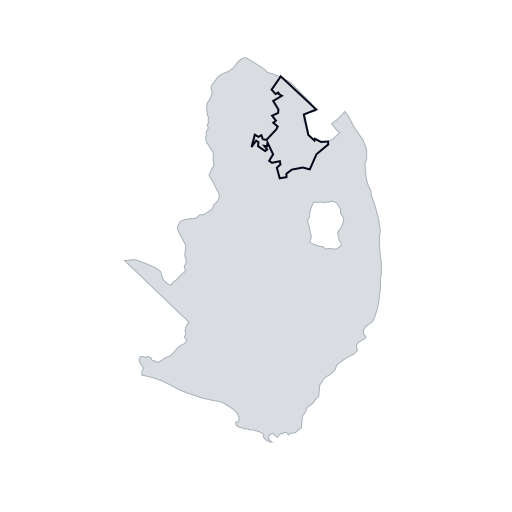 Mpumalanga on a map of South Africa (Natural Earth projection), rotated 315°
{"feature_id": "ZAF-1209", "entity_name": "Mpumalanga", "entity_type": "Province", "adm_level": 1, "iso_a3": "ZAF", "parent_name": "South Africa", "parent_adm1": "", "projection": "natural_earth1", "projection_center": [29.909, -25.737], "detail": "coarse", "context": "in_parent", "style": "outline", "palette": "ink", "viewbox_px": 512, "rotation_deg": 315, "n_neighbors": 0, "source": "natural_earth", "source_scale": "10m", "svg_char_len": 4418}
<svg xmlns="http://www.w3.org/2000/svg" viewBox="0 0 512 512"><g transform="rotate(315 256 256)"><path d="M345.1,104.0L356.0,102.4L360.9,103.3L366.7,105.9L372.2,106.9L381.5,105.9L384.7,106.3L387.3,107.2L389.1,108.6L391.7,118.9L394.0,129.9L393.9,133.5L394.3,134.9L396.9,139.5L397.9,142.4L399.4,144.8L402.7,156.6L403.1,158.6L403.0,187.1L401.7,190.5L402.2,195.0L400.6,195.6L391.4,189.9L389.8,190.1L387.2,192.2L384.8,195.6L383.7,198.4L379.0,206.1L378.7,211.0L379.1,215.1L380.6,215.3L381.7,218.3L384.3,223.1L388.5,226.1L392.4,227.5L397.9,227.9L402.3,227.8L402.0,224.6L403.0,215.9L410.3,217.0L421.0,216.7L420.2,222.3L416.3,235.1L413.7,249.5L410.5,256.8L408.7,259.8L403.5,265.1L400.7,266.8L398.5,267.5L389.5,278.2L386.2,283.3L383.3,290.9L380.3,295.0L376.1,303.9L368.6,316.9L362.2,325.4L359.4,327.9L357.5,329.0L352.5,334.0L345.5,342.0L340.1,349.1L332.1,357.1L327.4,360.6L320.5,367.5L318.5,368.6L310.7,375.0L305.1,378.9L296.0,383.4L292.3,384.7L283.7,383.5L280.0,384.1L277.0,386.9L276.8,390.8L275.6,391.4L267.6,389.6L264.3,389.9L262.4,392.0L260.9,394.6L256.3,394.7L248.1,392.0L238.6,390.3L236.3,390.2L231.7,392.2L230.1,392.5L223.4,392.0L219.6,390.8L216.0,390.8L213.3,391.8L210.0,392.2L201.1,399.6L196.5,399.6L192.5,400.4L185.4,399.4L183.3,399.9L181.2,401.2L176.4,401.8L174.6,402.9L166.6,409.6L163.2,408.9L159.0,408.8L154.1,405.2L152.3,405.4L152.7,404.4L152.8,402.5L151.1,400.5L149.2,400.6L148.2,399.0L145.3,398.9L142.9,399.4L142.3,393.1L141.1,392.5L138.2,392.4L136.8,392.6L136.2,393.2L135.5,394.6L135.6,398.9L134.6,397.7L133.3,395.1L132.9,392.3L133.2,389.0L135.3,387.8L134.5,383.6L130.9,376.5L128.8,374.9L127.1,371.3L125.4,369.9L124.6,367.3L123.0,365.3L122.3,362.0L123.1,360.2L124.5,359.1L126.0,360.8L127.7,360.1L130.1,357.8L131.5,354.2L131.4,348.5L130.9,344.9L128.6,335.7L127.6,333.5L122.9,326.9L117.4,318.1L110.4,304.1L107.0,295.7L101.7,278.8L97.1,269.2L91.7,260.3L91.0,259.7L91.8,258.6L94.5,256.5L95.7,256.0L96.4,256.2L97.0,255.7L97.6,254.3L98.0,251.1L99.2,247.8L100.3,246.4L102.8,245.4L104.7,246.7L105.5,247.9L105.9,249.5L106.7,250.3L108.0,250.2L109.0,251.2L109.6,253.3L109.6,254.7L108.8,255.6L109.0,256.9L110.0,258.3L111.1,261.6L116.2,263.3L119.1,263.6L121.8,264.4L124.4,265.9L128.5,266.2L134.3,265.5L139.1,265.8L142.9,267.2L145.6,267.5L147.3,266.6L148.0,265.3L147.7,263.6L148.5,262.5L150.4,262.0L151.9,260.8L153.0,258.6L155.6,256.9L159.7,255.6L161.8,255.6L159.8,166.3L167.3,172.5L169.1,175.3L172.9,183.7L176.8,194.0L177.5,199.0L177.4,200.0L173.7,206.8L173.6,210.2L174.1,214.1L175.1,216.0L176.2,216.7L178.8,215.7L182.9,216.7L190.6,216.3L194.5,216.8L195.4,216.5L196.3,215.7L197.2,213.3L198.1,212.5L201.7,211.5L203.3,210.1L205.8,205.5L213.3,199.3L214.2,197.8L218.8,182.9L220.2,180.7L222.3,179.3L226.5,178.2L229.0,178.8L231.7,180.1L234.8,182.3L239.4,186.3L240.9,187.0L245.4,187.1L248.2,189.8L256.7,191.6L259.1,191.5L261.7,190.1L266.1,190.1L270.7,189.1L273.5,186.5L278.8,170.2L279.4,166.6L280.0,165.6L284.4,163.8L289.8,162.3L290.9,161.6L294.2,157.0L298.6,153.3L301.6,140.3L303.6,137.2L304.8,135.9L305.6,135.9L306.8,135.0L308.2,133.4L310.0,132.5L312.0,132.1L313.3,131.0L313.9,129.3L314.9,128.4L316.4,128.5L317.3,127.9L317.5,126.8L320.8,124.0L320.8,122.8L322.7,120.1L326.4,115.7L329.9,113.3L333.2,112.8L339.2,110.5L341.4,108.5L342.7,105.6L345.1,104.0ZM335.5,296.4L340.9,294.2L344.8,291.3L345.7,286.0L348.7,282.8L349.8,279.7L350.6,275.5L348.8,271.2L346.4,269.9L341.9,266.1L339.9,263.5L337.2,261.4L335.3,258.8L332.2,259.6L327.4,261.7L324.4,263.6L321.9,265.9L317.4,267.5L313.3,274.7L311.9,276.3L308.7,281.6L304.0,284.2L303.9,285.1L305.5,289.4L307.7,293.7L310.0,297.2L309.9,299.3L310.7,301.0L312.8,302.1L316.3,306.5L318.0,307.9L323.3,308.9L324.1,308.6L325.5,306.1L325.7,304.2L329.2,298.6L330.7,296.9L335.5,296.4Z" fill="#d9dde1" stroke="#a8b0b8" stroke-width="1"/><path d="M400.5,146.5L402.2,195.0L389.9,189.8L378.6,207.5L379.0,215.7L380.6,214.8L382.5,221.2L387.9,226.0L386.0,228.2L370.7,226.8L355.3,232.8L351.6,226.5L342.5,220.3L335.7,219.3L333.3,221.8L327.7,217.8L333.2,208.3L338.0,208.6L339.9,205.8L333.2,201.4L332.6,198.0L340.0,196.2L344.4,183.9L341.5,186.2L339.7,183.9L339.2,188.6L336.7,188.3L335.1,179.8L338.2,177.3L337.6,174.5L329.9,175.8L340.9,169.4L342.0,173.5L345.2,174.4L343.4,178.3L345.5,181.3L360.0,180.8L362.9,179.8L362.4,174.0L365.8,174.4L366.6,168.2L372.8,170.5L375.4,168.3L377.8,158.5L387.6,161.0L386.4,156.6L388.1,156.3L384.3,155.2L384.7,149.4L400.5,146.5Z" fill="none" stroke="#020617" stroke-width="2"/></g></svg>